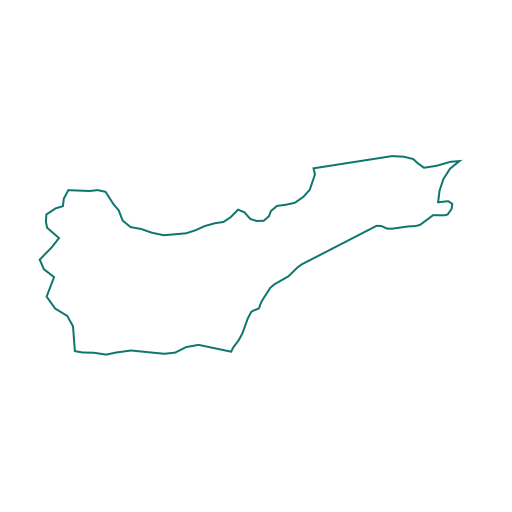 an SVG outline of Pingtung, rotated 262°
{"feature_id": "TWN-1158", "entity_name": "Pingtung", "entity_type": "County", "adm_level": 1, "iso_a3": "TWN", "parent_name": "Taiwan", "parent_adm1": "", "projection": "natural_earth1", "projection_center": [120.7, 22.396], "detail": "fine", "context": "isolated", "style": "outline", "palette": "teal", "viewbox_px": 512, "rotation_deg": 262, "n_neighbors": 0, "source": "natural_earth", "source_scale": "10m", "svg_char_len": 1346}
<svg xmlns="http://www.w3.org/2000/svg" viewBox="0 0 512 512"><g transform="rotate(262 256 256)"><path d="M334.8,325.2L336.0,404.6L333.8,415.9L330.2,425.1L325.6,428.9L320.0,434.6L320.2,447.5L322.2,461.5L321.7,470.7L315.4,460.2L306.0,452.2L295.0,446.8L283.9,443.8L283.5,454.0L280.3,457.6L275.5,456.3L270.4,451.5L270.1,447.9L271.8,437.1L264.1,423.0L263.5,419.2L263.6,416.1L264.1,411.0L264.1,394.5L264.9,389.6L268.3,384.2L269.1,379.6L241.4,300.2L239.1,295.8L231.4,285.3L225.3,270.1L222.5,265.7L211.1,255.9L206.6,253.0L205.1,252.5L203.6,251.3L202.2,245.6L201.3,243.5L195.2,239.1L181.3,231.8L174.9,227.0L168.3,220.5L165.2,218.4L164.7,218.1L176.0,186.7L175.5,174.1L171.6,162.6L171.9,151.7L179.8,119.2L179.9,104.6L179.2,93.9L182.8,81.8L184.6,70.8L187.0,63.4L211.9,65.0L223.0,60.7L231.9,49.8L244.9,43.0L263.2,53.1L272.4,44.1L282.5,41.3L293.0,54.9L301.2,63.4L313.0,53.1L319.0,52.7L326.3,54.2L331.1,64.3L332.2,71.7L339.6,73.7L347.3,79.3L343.5,100.4L343.3,108.3L340.5,115.9L326.9,122.2L320.3,126.4L309.6,128.9L302.1,135.8L298.8,145.9L293.6,156.0L289.4,167.5L288.2,190.0L290.0,200.1L292.8,209.4L294.2,220.3L294.2,228.5L297.9,236.2L304.4,244.7L300.9,250.6L293.5,255.5L290.6,261.4L289.8,268.5L293.6,274.4L298.4,277.0L302.7,283.8L302.6,292.6L303.3,301.9L307.9,311.0L314.2,318.5L328.5,325.7L334.8,325.2Z" fill="none" stroke="#0f766e" stroke-width="2"/></g></svg>